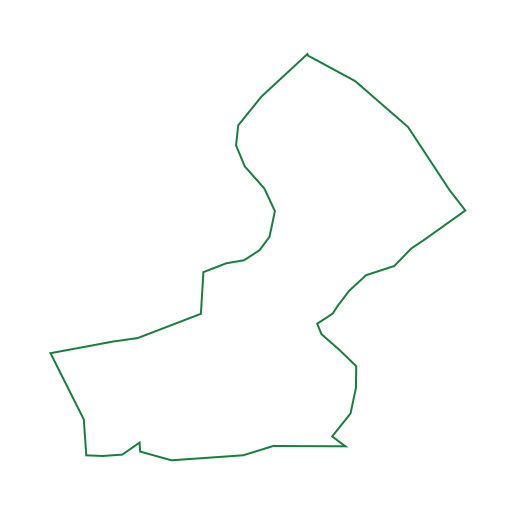 Seocho-gu, Seoul, South Korea, rotated 266°
{"feature_id": "91817680B5725333816693", "entity_name": "Seocho-gu", "entity_type": "district", "adm_level": 2, "iso_a3": "KOR", "parent_name": "South Korea", "parent_adm1": "Seoul", "projection": "albers", "projection_center": [127.03, 37.463], "detail": "fine", "context": "isolated", "style": "outline", "palette": "green", "viewbox_px": 512, "rotation_deg": 266, "n_neighbors": 0, "source": "geoboundaries", "source_scale": "gbopen_adm2", "svg_char_len": 757}
<svg xmlns="http://www.w3.org/2000/svg" viewBox="0 0 512 512"><g transform="rotate(266 256 256)"><path d="M453.9,321.4L414.7,272.6L387.6,247.4L367.8,243.8L346.2,251.0L322.8,269.0L299.4,278.0L274.2,270.8L261.6,260.0L252.6,243.8L250.8,225.8L243.6,202.4L202.2,197.0L182.4,132.2L180.6,107.0L173.4,44.2L105.0,72.8L69.0,72.8L68.8,74.6L67.2,89.0L67.2,108.8L78.0,126.8L69.0,126.8L58.1,157.4L58.1,177.2L58.1,206.0L58.1,229.4L65.3,260.0L64.9,265.1L59.9,332.0L61.8,329.7L70.7,319.4L92.3,339.3L117.5,346.5L139.1,348.3L157.1,332.1L173.4,315.9L184.2,312.3L193.2,328.5L200.4,333.9L214.8,346.5L229.2,364.5L236.4,393.3L252.6,411.3L259.8,423.9L286.8,468.0L308.0,453.8L374.0,416.7L423.5,367.2L452.3,321.8L453.9,321.4Z" fill="none" stroke="#15803d" stroke-width="2"/></g></svg>